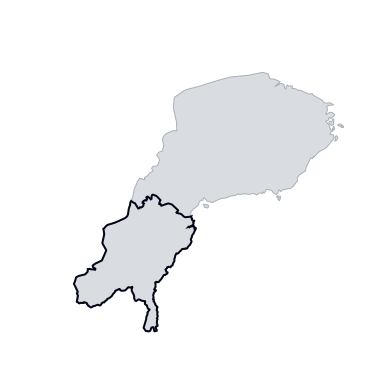 location of Lapland within Finland, rotated 221°
{"feature_id": "FIN-3176", "entity_name": "Lapland", "entity_type": "Province", "adm_level": 1, "iso_a3": "FIN", "parent_name": "Finland", "parent_adm1": "", "projection": "orthographic", "projection_center": [25.412, 67.834], "detail": "fine", "context": "in_parent", "style": "outline", "palette": "ink", "viewbox_px": 384, "rotation_deg": 221, "n_neighbors": 0, "source": "natural_earth", "source_scale": "10m", "svg_char_len": 9422}
<svg xmlns="http://www.w3.org/2000/svg" viewBox="0 0 384 384"><g transform="rotate(221 192 192)"><path d="M164.7,166.3L163.5,160.6L161.8,155.6L159.9,154.2L159.3,152.3L159.1,148.3L159.5,145.2L161.6,142.3L162.1,138.3L163.3,135.1L162.8,133.0L159.7,127.0L159.4,125.1L159.3,121.9L161.1,119.0L160.7,116.0L157.4,114.8L157.6,113.0L158.6,110.0L158.2,107.5L158.4,101.9L160.1,99.5L158.2,97.5L156.5,93.9L155.0,93.7L154.1,89.9L151.5,86.4L141.9,81.2L136.2,75.5L133.4,71.0L130.6,68.4L130.5,66.1L127.6,64.1L128.3,63.2L130.6,63.3L132.5,64.4L133.3,63.2L132.7,59.9L132.9,59.0L135.2,57.3L138.8,57.6L145.9,70.9L146.9,75.2L154.3,77.0L155.1,78.0L157.1,77.8L161.5,76.0L163.2,73.2L164.8,73.4L175.4,80.0L177.0,78.5L178.0,74.6L178.9,72.9L180.1,71.6L182.5,70.8L184.5,67.6L184.6,58.6L185.5,56.0L187.2,47.1L190.3,43.0L192.6,38.8L194.9,38.2L199.0,39.0L203.8,34.6L206.9,33.9L212.8,41.0L220.9,45.3L223.4,51.3L222.5,53.8L218.6,60.8L218.5,62.6L220.2,65.5L214.2,69.5L214.7,70.5L218.0,70.8L218.5,72.1L215.5,80.8L215.5,82.4L218.5,91.5L226.3,95.0L228.6,99.0L234.6,106.7L234.4,110.5L227.0,125.0L225.3,129.0L225.2,131.5L230.8,142.3L233.9,150.1L237.2,155.6L240.2,164.8L240.5,168.1L235.8,170.2L237.3,171.8L236.3,174.8L236.4,179.1L235.2,181.9L235.5,182.7L237.9,183.1L238.3,184.9L238.1,186.1L235.8,188.4L235.7,190.6L237.3,194.3L238.4,195.5L242.3,196.4L242.9,197.4L243.2,200.1L241.6,202.9L241.7,204.0L243.7,208.7L249.1,212.3L249.9,215.2L250.0,217.2L249.9,219.0L246.4,226.0L243.6,228.3L250.0,235.0L261.3,243.2L266.6,250.6L267.2,252.7L264.6,262.8L263.4,265.6L255.4,277.3L243.9,296.1L237.9,304.5L225.9,317.2L217.1,328.7L212.1,331.1L208.1,328.8L206.1,329.4L204.3,331.1L197.9,333.1L197.7,331.3L198.9,326.4L198.3,326.6L197.3,328.8L196.7,331.5L195.5,332.8L192.9,333.4L190.3,331.3L189.0,331.3L190.4,334.5L190.3,335.4L188.9,335.2L186.1,337.7L185.4,337.7L184.5,335.7L181.4,337.9L178.5,338.3L176.8,340.0L168.2,342.4L165.7,345.2L164.2,344.5L154.5,346.6L150.5,345.9L146.0,350.1L142.5,350.5L146.2,346.2L146.4,344.7L144.6,343.8L143.3,342.2L142.2,338.7L141.5,338.5L140.2,342.7L137.9,344.1L135.0,344.0L134.7,342.1L135.3,340.3L134.9,340.0L135.4,338.7L136.8,338.6L137.2,337.9L137.3,337.1L136.1,336.2L137.4,333.2L132.4,332.4L126.4,328.8L125.8,326.1L122.8,327.8L120.2,325.7L119.9,324.4L119.7,314.2L120.2,311.4L121.9,308.0L122.6,304.7L122.9,298.4L123.8,298.5L122.9,296.3L124.3,295.9L124.6,295.2L121.9,285.0L120.2,282.6L122.1,275.5L122.0,273.8L121.9,271.8L119.7,269.4L119.3,262.9L120.1,259.4L124.9,253.2L125.3,250.6L127.8,250.6L126.8,248.2L126.7,245.4L130.3,244.6L131.6,245.5L134.8,244.6L137.6,242.7L136.8,238.7L138.2,238.7L137.8,237.7L137.9,236.7L139.0,237.2L140.9,234.5L141.1,232.4L144.2,231.5L147.9,227.3L151.2,225.2L154.7,221.0L156.1,220.8L156.9,218.0L160.7,213.7L162.1,210.3L165.6,206.4L169.0,199.5L169.4,197.6L174.5,195.0L179.1,195.8L179.0,194.1L178.3,193.0L180.2,191.2L179.8,188.4L178.7,187.0L179.9,176.6L178.5,174.5L173.4,171.0L171.3,170.6L170.1,167.9L170.8,164.8L167.9,167.2L164.7,166.3ZM130.3,333.7L133.8,333.8L134.7,335.5L133.0,336.4L132.9,337.7L133.6,339.7L132.0,339.6L131.1,337.4L129.4,335.8L130.3,333.7ZM173.3,191.7L171.4,192.7L169.8,192.1L169.8,190.1L172.5,188.7L175.3,190.3L173.9,190.6L173.3,191.7ZM122.5,242.8L122.3,244.5L124.3,243.5L125.0,244.0L124.8,245.5L124.2,245.1L122.5,246.7L121.1,245.2L120.4,242.7L122.5,242.8ZM120.3,327.7L120.0,329.1L117.9,329.1L117.1,327.6L116.8,325.2L117.7,324.2L118.1,325.5L120.3,327.7ZM128.3,334.1L127.1,334.2L125.6,332.6L125.5,332.0L126.1,331.7L125.9,329.9L127.1,330.9L127.7,332.1L127.0,332.3L128.3,334.1ZM125.5,340.0L123.9,341.0L123.3,340.7L123.5,338.9L124.5,338.2L126.0,338.2L125.5,340.0ZM122.2,340.8L120.9,341.1L120.1,340.1L121.4,338.8L122.4,339.0L122.6,339.8L122.2,340.8Z" fill="#d9dde1" stroke="#a8b0b8" stroke-width="1"/><path d="M206.7,33.5L207.0,33.6L207.3,34.1L208.0,35.5L210.1,38.9L210.4,39.2L212.4,40.0L212.5,41.1L212.8,41.7L213.2,42.0L220.8,45.2L221.0,45.5L221.7,47.9L223.5,51.6L222.4,54.4L218.7,59.6L218.6,60.0L218.5,63.0L218.5,63.5L218.7,63.8L220.1,65.4L218.8,66.8L217.5,67.4L214.7,69.6L214.2,69.7L214.3,70.3L214.4,70.5L214.6,70.7L216.9,70.4L217.8,70.5L218.7,71.4L218.2,73.8L217.9,74.8L215.3,80.7L215.2,81.1L215.2,81.6L215.4,82.3L218.2,91.1L218.5,91.7L219.0,92.0L225.7,94.4L226.1,94.7L226.5,95.2L230.3,102.2L231.1,103.1L234.8,106.1L234.5,106.9L234.5,109.7L234.3,111.1L234.2,111.7L229.9,118.5L229.8,118.9L229.6,119.6L228.9,120.6L225.4,128.4L225.0,131.0L225.6,133.1L228.7,137.8L229.4,139.5L229.7,140.1L229.8,140.7L230.0,141.2L231.6,143.5L231.8,144.0L232.0,145.3L229.0,145.6L228.0,146.0L227.3,146.0L221.9,144.3L221.3,144.7L221.3,144.9L221.2,146.1L221.2,146.5L220.4,146.7L220.0,147.5L219.8,148.0L219.7,148.8L219.8,149.8L220.2,150.6L220.7,151.0L221.2,151.3L221.1,151.6L221.8,151.4L222.2,151.3L222.4,151.5L222.4,151.8L222.6,151.9L222.3,152.9L222.4,153.1L222.7,153.5L222.2,154.4L222.1,155.1L221.6,155.4L221.0,155.5L220.9,155.8L221.1,156.2L221.4,156.8L221.3,157.1L222.1,157.7L222.9,158.0L222.9,158.7L222.7,159.2L222.5,159.4L221.9,159.6L220.3,159.5L218.9,159.9L218.6,159.8L218.7,159.5L218.6,159.4L218.3,159.4L218.3,159.5L218.4,160.3L218.2,160.5L219.8,162.5L220.1,163.4L220.0,163.8L219.6,164.5L219.0,164.8L217.8,165.0L216.7,165.6L216.1,165.7L210.6,165.2L210.7,164.8L210.3,164.3L210.0,163.7L209.5,162.3L208.9,161.4L208.4,161.5L208.0,162.0L207.8,162.3L207.6,162.3L206.3,161.5L205.9,161.9L203.1,166.8L202.3,167.9L199.0,169.4L190.6,169.1L190.3,168.9L190.2,168.4L190.3,166.3L189.8,166.2L186.6,167.9L185.2,168.3L181.9,168.1L180.4,168.6L177.9,171.4L176.6,173.1L176.5,172.7L176.4,172.4L176.2,172.3L175.9,172.4L175.5,172.0L174.6,172.1L174.1,171.2L173.7,171.0L173.1,170.9L172.6,171.0L172.2,171.2L171.7,171.8L171.4,171.8L171.3,171.7L171.2,171.4L171.2,170.0L170.3,169.4L170.2,169.2L169.8,168.3L169.7,167.7L169.9,166.9L170.1,166.3L170.8,164.7L171.0,164.1L171.3,163.8L171.7,163.7L171.8,163.5L171.8,163.1L171.6,163.4L171.0,163.8L170.7,163.8L170.6,164.5L170.3,164.9L169.7,166.3L169.4,166.7L168.5,166.7L168.2,166.9L168.1,167.3L167.9,167.5L167.3,167.2L166.8,166.5L166.3,166.2L165.8,165.8L165.9,166.2L166.0,166.7L165.9,167.1L165.6,167.3L165.4,167.2L165.1,166.8L164.8,166.0L164.9,165.2L164.4,164.4L164.1,163.1L163.6,161.9L163.6,160.7L163.2,158.7L162.6,158.0L161.9,155.6L161.6,155.2L160.3,154.7L159.9,154.3L159.6,153.8L159.2,152.2L159.1,151.4L158.9,150.7L158.9,150.3L159.1,149.3L159.1,148.9L159.0,147.6L158.8,147.0L158.8,146.6L158.9,145.9L159.2,145.4L159.9,145.1L159.9,144.6L160.6,144.1L160.9,143.8L160.9,143.5L161.8,142.7L162.0,142.3L162.0,141.7L161.9,140.6L162.1,139.6L162.2,138.9L162.2,138.3L162.1,137.2L162.1,136.9L162.5,136.3L162.7,135.7L163.3,135.6L163.5,135.3L163.0,133.5L162.7,132.7L162.0,131.5L161.4,129.9L161.1,129.5L160.5,129.1L160.2,128.6L159.7,127.3L159.6,126.1L158.7,124.3L158.6,123.7L158.9,123.2L159.1,122.5L158.9,122.3L158.9,122.1L158.9,121.5L159.0,121.0L159.3,120.8L160.6,120.2L161.0,119.6L161.3,118.7L160.9,118.4L160.9,117.7L161.1,116.8L161.1,116.1L161.0,115.9L159.9,115.6L159.1,115.0L157.7,115.3L157.3,114.7L157.2,114.0L157.4,113.4L157.6,112.8L157.9,112.2L157.8,111.8L158.5,111.2L158.7,110.9L158.7,110.1L158.6,109.6L158.4,108.8L158.2,107.1L158.1,106.6L158.1,106.2L158.1,104.4L158.1,103.0L158.1,102.2L158.4,101.7L158.8,101.4L159.6,101.1L160.0,100.8L160.3,100.2L160.3,99.6L160.1,99.2L159.3,98.9L158.3,97.5L157.2,96.4L156.7,94.0L156.4,93.5L156.0,93.5L155.0,94.1L154.7,94.1L154.6,93.9L154.6,93.6L154.7,92.4L154.7,92.1L154.6,91.9L154.7,91.2L154.6,90.6L154.1,90.0L153.9,89.6L153.8,88.9L153.6,88.6L152.0,87.4L151.7,86.9L151.2,85.8L151.0,85.5L150.3,85.8L149.7,84.8L149.4,84.4L148.7,84.5L148.3,84.1L147.8,84.0L147.0,83.6L146.2,83.4L146.1,83.1L145.3,82.7L142.7,82.6L142.3,82.2L142.4,81.6L142.1,81.3L141.6,80.3L141.1,79.6L139.1,78.9L138.9,77.9L138.3,77.4L137.4,76.3L136.6,76.0L136.2,75.6L135.8,74.4L135.7,73.7L134.6,73.4L134.5,73.0L134.3,72.7L133.7,71.4L132.2,69.7L130.4,68.8L130.2,68.4L130.3,67.8L130.6,67.6L130.8,67.1L130.9,66.6L130.7,66.1L130.2,65.9L129.5,65.1L128.1,64.8L127.6,64.2L128.8,62.3L129.1,62.2L132.1,64.4L132.6,64.5L132.9,64.3L133.6,63.0L132.5,60.0L133.1,58.5L133.3,58.3L135.8,56.8L139.3,57.7L139.5,57.9L143.1,65.9L144.5,67.8L144.6,68.1L144.8,68.9L144.9,69.3L145.6,70.9L146.5,71.7L146.6,72.0L146.8,74.8L146.9,75.4L147.1,75.5L148.4,75.1L148.7,75.1L149.0,75.2L151.8,76.8L153.7,76.5L154.3,76.8L154.6,77.1L155.4,78.6L155.7,78.8L158.9,76.8L160.8,76.5L161.8,75.9L162.2,74.7L162.5,73.3L163.2,72.8L164.1,72.9L166.3,74.1L166.7,74.8L166.9,75.1L168.6,76.3L172.3,77.7L173.3,78.5L174.1,79.9L174.5,80.9L174.7,81.1L175.0,81.1L175.2,80.7L175.5,79.6L175.8,79.3L176.1,79.3L176.9,78.8L177.4,78.6L177.6,78.3L177.7,77.6L177.6,77.4L177.6,77.2L177.7,76.8L177.7,75.3L177.8,74.6L177.9,74.0L178.4,73.2L180.4,71.2L181.0,71.0L181.5,70.8L182.9,71.3L183.1,71.2L183.4,71.0L183.9,69.6L184.2,69.1L184.4,68.8L184.4,68.4L184.5,68.0L185.0,67.5L185.1,67.1L185.0,66.9L184.7,66.4L184.6,66.0L184.5,65.5L184.5,65.3L184.6,64.8L184.6,63.8L184.7,63.4L184.7,63.1L184.3,61.4L184.3,60.6L184.7,58.1L184.8,57.6L185.8,55.8L185.4,54.4L185.7,53.6L185.9,53.2L185.9,52.5L185.9,52.1L186.1,51.8L185.9,51.2L186.0,50.8L186.7,50.3L186.9,49.8L187.1,49.1L187.1,48.4L186.9,47.7L186.7,47.4L186.7,47.1L186.9,46.4L187.1,45.9L187.4,45.7L189.2,45.1L189.9,43.8L190.4,42.6L191.5,41.3L191.8,40.7L191.7,40.1L192.1,39.3L192.3,38.8L192.7,38.5L194.5,38.2L195.2,38.4L196.2,38.1L196.5,38.2L197.1,38.6L197.7,38.5L198.5,39.1L201.0,38.2L201.4,37.6L201.0,37.3L201.2,37.0L201.6,36.8L202.3,35.9L203.5,35.2L203.6,34.7L204.0,34.0L204.6,33.8L205.9,34.0L206.7,33.5Z" fill="none" stroke="#020617" stroke-width="2"/></g></svg>